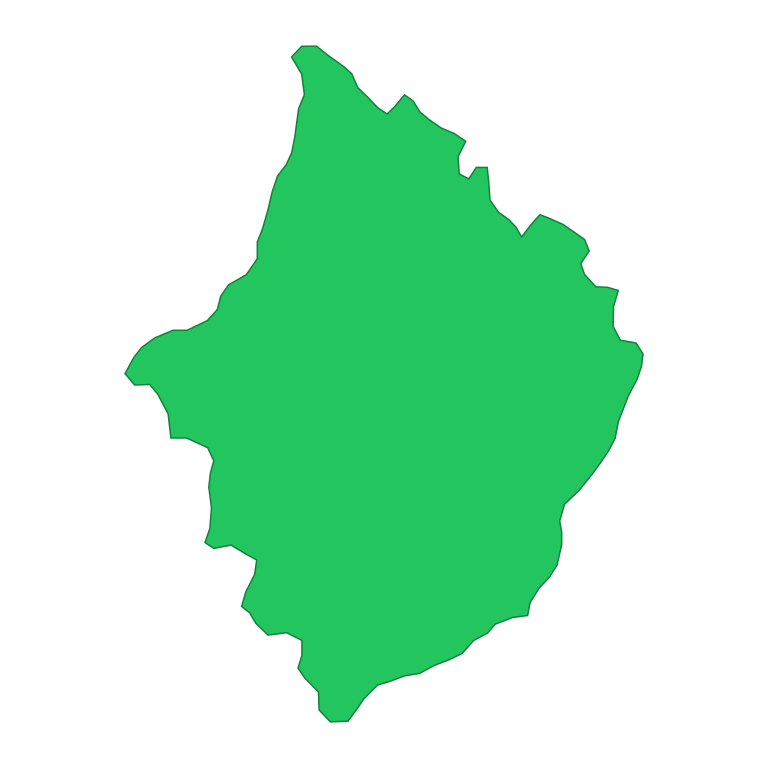 the district of Paraíso, São Paulo, Brazil
{"feature_id": "56859067B54072387385394", "entity_name": "Paraíso", "entity_type": "district", "adm_level": 2, "iso_a3": "BRA", "parent_name": "Brazil", "parent_adm1": "São Paulo", "projection": "natural_earth1", "projection_center": [-48.767, -21.017], "detail": "fine", "context": "isolated", "style": "filled", "palette": "green", "viewbox_px": 768, "rotation_deg": 0, "n_neighbors": 0, "source": "geoboundaries", "source_scale": "gbopen_adm2", "svg_char_len": 1740}
<svg xmlns="http://www.w3.org/2000/svg" viewBox="0 0 768 768"><path d="M291.6,57.0L301.7,74.2L304.4,94.6L298.6,108.7L294.8,136.8L291.7,152.7L286.2,164.7L277.6,175.9L272.2,191.8L268.0,209.7L262.5,228.8L257.3,242.0L257.3,258.7L246.4,274.6L237.4,279.8L228.6,284.8L220.7,296.2L217.3,309.6L207.3,320.6L196.4,325.8L187.0,330.3L172.9,330.3L155.1,337.7L141.7,347.4L134.2,356.9L125.0,373.6L134.6,385.0L149.7,384.5L157.9,394.4L168.1,413.8L170.9,438.0L186.4,438.0L207.7,447.7L213.8,460.8L210.4,473.0L208.8,487.2L211.5,508.1L209.8,528.5L205.0,542.6L213.8,548.4L231.0,545.1L246.0,554.1L256.7,560.0L254.6,574.5L245.8,591.9L241.6,606.5L249.8,613.0L255.7,623.2L268.0,635.1L286.7,632.7L301.9,640.4L301.9,655.5L298.0,668.2L305.1,678.4L318.5,692.1L319.1,710.0L330.4,721.9L348.0,721.2L357.2,708.7L363.7,699.0L377.5,685.1L392.0,680.6L404.5,675.9L419.6,673.4L434.7,665.2L448.5,660.0L462.1,653.5L473.8,640.4L487.6,633.1L495.2,624.2L512.5,617.5L527.6,615.5L530.1,602.6L539.3,587.9L549.4,577.2L557.1,565.0L561.7,544.6L561.7,532.4L559.7,521.0L564.5,504.3L579.1,490.4L592.1,474.3L601.7,461.1L608.7,450.6L615.1,438.4L618.3,422.0L628.1,396.4L637.1,379.3L641.5,366.3L643.0,353.9L636.1,343.0L620.4,340.2L613.1,326.3L613.5,306.7L618.3,290.5L607.6,287.3L595.9,286.8L584.6,274.6L580.8,263.6L589.2,251.0L584.6,239.5L573.7,231.8L563.0,224.4L549.4,218.4L540.0,214.7L531.2,224.4L521.6,237.0L516.1,227.3L508.8,219.6L498.5,212.2L490.0,200.0L488.7,181.6L487.2,167.4L476.3,167.4L468.8,178.9L459.2,173.9L458.1,156.7L465.7,141.3L454.4,133.6L441.0,127.9L428.2,118.9L420.0,112.0L413.1,101.0L404.5,94.8L394.7,106.7L387.1,114.0L377.5,107.5L367.9,97.3L357.8,87.6L351.7,73.7L343.8,66.7L329.3,56.3L316.4,46.1L301.7,46.3L291.6,57.0Z" fill="#22c55e" stroke="#15803d" stroke-width="1.5"/></svg>